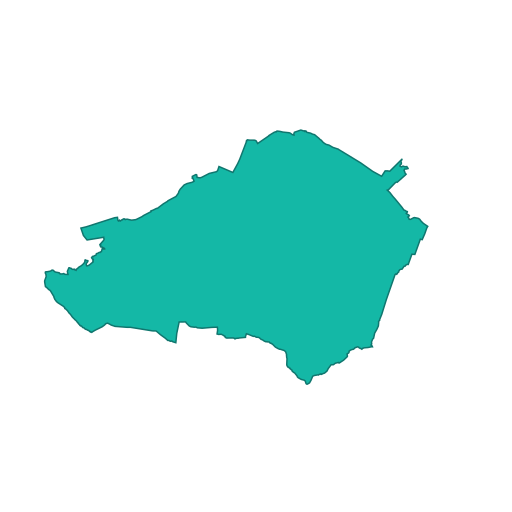 Mironeasa, Iasi, Romania (Robinson projection), rotated 313°
{"feature_id": "2599482B12728862677042", "entity_name": "Mironeasa", "entity_type": "district", "adm_level": 2, "iso_a3": "ROU", "parent_name": "Romania", "parent_adm1": "Iasi", "projection": "robinson", "projection_center": [27.412, 46.987], "detail": "fine", "context": "isolated", "style": "filled", "palette": "teal", "viewbox_px": 512, "rotation_deg": 313, "n_neighbors": 0, "source": "geoboundaries", "source_scale": "gbopen_adm2", "svg_char_len": 6121}
<svg xmlns="http://www.w3.org/2000/svg" viewBox="0 0 512 512"><g transform="rotate(313 256 256)"><path d="M312.9,381.1L337.2,370.4L338.2,370.5L338.7,371.0L338.6,371.3L339.1,371.4L340.8,371.0L341.5,371.3L342.6,370.7L344.0,370.5L345.1,371.0L346.0,371.8L349.5,371.3L350.3,372.0L351.5,371.8L353.0,372.3L353.6,373.1L363.6,368.8L365.5,371.1L380.4,364.7L381.3,366.4L387.3,364.3L393.0,361.8L394.8,361.4L394.0,356.2L394.1,352.9L394.5,350.8L394.4,349.8L394.1,348.8L392.2,345.7L391.5,345.2L388.1,344.0L387.3,343.0L387.9,342.0L388.1,340.5L390.0,340.7L390.2,339.9L389.5,337.0L389.6,336.8L391.4,336.7L391.7,336.4L391.2,335.3L390.9,333.6L390.5,332.8L391.2,329.4L392.6,318.8L392.9,315.4L393.7,310.7L393.7,307.1L395.0,307.7L404.5,307.9L405.6,308.2L406.4,308.8L406.4,309.0L416.9,310.0L418.2,310.0L418.3,308.6L418.8,307.5L419.3,306.9L419.4,306.0L420.5,305.5L421.0,305.5L422.1,306.6L423.7,307.6L423.9,307.4L423.9,306.6L424.3,305.3L422.9,304.1L422.0,302.2L420.4,301.5L419.9,300.1L420.1,299.8L420.8,299.4L422.5,299.5L423.5,298.5L424.1,297.2L425.7,297.1L426.8,296.5L426.2,296.7L409.2,296.0L408.1,294.3L406.3,292.4L400.0,293.5L397.5,283.7L395.5,269.1L390.3,244.0L390.3,243.4L387.9,238.2L386.9,233.8L385.4,231.0L385.1,229.3L384.9,227.5L385.2,224.8L384.9,223.2L385.0,222.1L384.7,216.1L383.7,214.3L383.1,212.2L381.2,208.9L381.1,208.2L381.5,207.7L381.3,207.1L380.4,206.8L380.5,206.4L380.7,206.2L379.9,205.4L378.7,202.9L372.7,199.7L371.4,200.2L370.3,201.3L369.5,199.6L369.2,197.2L368.7,196.1L365.0,191.2L363.4,188.4L361.7,186.1L360.5,186.1L360.2,185.6L358.8,184.9L353.0,183.3L352.9,183.5L339.4,180.5L340.3,177.6L340.1,176.7L339.6,175.8L336.4,172.3L335.1,170.5L334.5,170.6L334.1,170.3L333.4,170.6L333.4,170.9L315.7,178.1L311.1,179.6L301.3,182.1L296.2,167.9L292.3,169.7L290.7,169.6L284.5,165.5L276.7,162.7L275.0,161.8L273.3,159.3L274.9,157.3L274.8,156.8L274.4,156.4L270.8,155.1L269.5,156.3L269.9,156.6L268.5,159.7L266.5,159.1L262.0,156.2L259.0,155.0L253.3,155.0L250.8,155.5L249.0,156.4L245.0,156.9L236.3,153.9L235.6,154.0L231.2,152.7L223.6,151.4L223.0,150.8L219.5,149.5L217.3,148.4L216.9,149.0L208.8,146.1L207.1,145.8L201.6,143.7L200.5,143.2L197.3,140.5L195.1,136.7L194.2,135.9L193.4,135.5L193.3,135.0L193.5,134.8L193.2,134.1L192.3,133.6L191.5,133.7L191.0,133.2L189.0,132.9L188.8,132.4L189.1,131.8L187.8,131.5L187.9,130.7L189.8,128.3L187.6,126.5L161.5,111.9L157.0,108.9L153.3,115.8L152.5,121.5L165.8,131.8L165.3,132.2L164.9,133.4L164.6,133.6L163.1,133.9L157.9,134.0L157.6,134.4L158.0,135.1L157.1,135.4L156.8,136.4L157.6,137.4L157.5,137.8L157.8,138.3L157.7,138.5L158.2,139.8L158.0,140.5L157.4,140.2L156.4,138.6L153.8,139.9L152.9,139.5L152.3,139.6L151.8,138.9L149.8,138.3L149.3,137.9L148.8,137.7L147.9,138.3L147.3,138.2L145.3,137.4L144.5,137.4L144.2,136.7L142.6,136.9L142.2,138.6L142.6,138.9L142.6,139.3L142.0,139.8L141.1,140.0L140.7,140.9L135.6,140.2L133.9,139.5L133.3,138.8L134.2,137.4L135.0,137.0L137.2,136.8L137.9,136.2L136.9,134.6L136.9,134.0L136.3,133.7L135.6,134.4L134.3,135.0L132.2,135.1L129.9,134.9L126.8,134.0L125.3,134.0L123.9,133.7L122.8,134.2L122.2,132.6L122.6,132.4L122.5,132.1L121.2,131.1L120.9,130.6L121.0,129.4L120.6,128.8L120.2,127.6L119.7,127.2L116.1,128.5L114.3,131.1L114.2,131.0L112.4,128.9L112.1,128.4L112.1,127.4L110.8,126.6L109.3,125.0L109.5,124.5L109.3,123.7L109.5,123.4L107.4,120.2L107.2,118.9L107.3,117.7L107.0,116.9L106.3,116.3L105.0,116.1L104.5,115.8L101.8,113.8L101.3,113.2L100.7,112.9L99.9,113.4L99.3,114.9L97.8,116.6L93.8,118.3L92.9,119.1L90.0,122.9L90.2,124.5L90.1,127.4L90.4,128.5L90.3,129.6L88.4,136.1L88.0,136.4L87.1,138.5L86.6,141.2L86.7,143.0L87.8,149.2L87.8,151.3L87.2,152.0L87.5,153.3L87.4,155.6L86.8,158.2L86.8,159.9L86.1,163.4L86.0,166.5L85.9,166.9L86.0,167.8L86.0,169.1L85.6,171.0L85.8,171.2L85.4,172.5L85.4,174.1L85.2,174.3L85.2,175.4L85.8,176.1L85.5,178.0L86.2,179.4L86.0,180.1L86.2,181.4L86.8,182.3L86.8,183.1L87.5,184.7L87.3,185.7L87.5,186.3L87.8,186.5L87.6,187.0L88.2,187.6L88.2,188.0L89.0,188.1L92.1,189.0L99.4,191.8L102.2,192.3L104.1,192.3L105.7,193.3L106.4,195.6L106.7,197.1L108.4,200.9L115.8,210.2L118.2,212.8L130.6,231.3L132.9,233.9L133.1,234.8L133.3,239.9L134.0,245.6L134.1,249.1L134.9,250.0L135.1,251.2L135.5,251.8L136.4,252.4L136.5,253.6L137.9,256.5L145.4,250.8L155.3,244.8L159.8,249.5L159.5,250.7L159.3,254.9L159.8,256.6L161.9,259.5L163.0,260.5L163.5,262.1L166.5,265.9L173.8,272.5L177.6,276.3L175.6,278.5L172.4,280.7L173.1,282.1L175.1,284.0L175.8,286.5L175.8,287.3L176.1,287.9L175.9,288.1L175.9,288.7L175.5,289.1L176.0,290.5L180.6,295.3L181.2,296.9L181.1,297.2L181.6,297.2L183.0,298.3L184.0,299.3L184.7,299.7L189.3,303.8L189.8,303.3L192.6,302.0L193.8,304.6L195.2,308.4L195.7,309.2L196.4,309.7L196.6,311.0L197.0,311.9L198.0,313.0L198.5,314.2L198.5,316.6L199.1,317.9L199.4,320.1L200.0,321.7L200.4,322.2L200.9,322.4L201.0,323.0L201.9,324.0L202.1,324.6L201.9,325.0L202.1,325.6L202.0,325.9L202.5,326.5L202.4,327.2L202.8,327.8L202.6,332.3L203.3,335.2L203.9,336.9L204.4,337.4L206.2,341.3L206.1,343.2L204.6,345.8L204.2,346.0L202.5,347.9L202.3,348.5L197.6,352.5L196.9,353.5L196.9,353.9L196.7,354.3L196.5,355.0L196.9,355.6L196.8,356.8L197.1,357.4L196.8,357.7L197.0,358.1L196.8,359.0L197.1,359.9L196.5,360.8L196.5,362.9L196.8,363.7L196.8,364.3L196.3,367.7L195.8,368.8L195.8,370.0L196.6,373.3L198.0,375.8L198.1,377.0L198.0,377.7L197.1,379.0L196.8,380.1L196.9,380.5L197.4,381.0L199.7,381.7L202.6,381.0L206.6,379.5L207.1,379.6L208.3,380.1L211.4,382.4L211.5,382.8L212.4,383.0L214.0,383.8L213.8,384.3L214.1,384.6L215.9,385.3L217.1,386.0L220.2,386.4L223.0,385.6L227.8,385.1L228.7,386.2L229.4,386.8L231.6,387.1L234.4,388.9L234.5,389.2L234.3,389.5L234.6,389.9L239.6,391.1L244.4,391.4L245.1,391.2L246.5,389.4L248.3,389.9L249.2,389.6L249.8,389.0L251.6,389.3L253.4,390.2L254.1,390.8L255.7,391.1L256.4,390.9L258.1,391.9L258.8,392.1L259.3,393.4L259.2,394.3L259.8,395.7L260.0,397.0L261.2,397.0L262.7,397.8L265.3,400.2L268.5,402.5L269.0,403.1L269.4,402.4L269.2,401.3L269.4,400.8L270.6,400.6L271.7,399.3L272.4,398.9L274.7,398.0L276.0,398.1L280.5,395.4L284.8,394.4L288.3,393.2L290.9,391.2L291.7,390.3L293.3,390.3L293.8,389.8L294.8,389.4L299.0,387.8L312.9,381.1Z" fill="#14b8a6" stroke="#0f766e" stroke-width="1.5"/></g></svg>